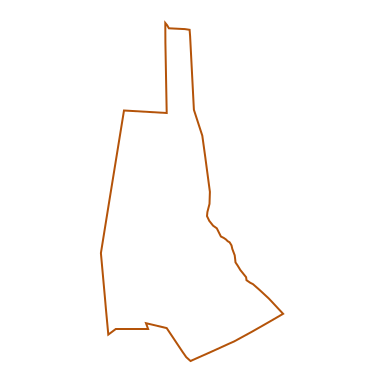 São Braz do Piauí, Piauí, Brazil
{"feature_id": "56859067B60100014929673", "entity_name": "São Braz do Piauí", "entity_type": "district", "adm_level": 2, "iso_a3": "BRA", "parent_name": "Brazil", "parent_adm1": "Piauí", "projection": "natural_earth1", "projection_center": [-42.969, -8.916], "detail": "fine", "context": "isolated", "style": "outline", "palette": "amber", "viewbox_px": 384, "rotation_deg": 0, "n_neighbors": 0, "source": "geoboundaries", "source_scale": "gbopen_adm2", "svg_char_len": 816}
<svg xmlns="http://www.w3.org/2000/svg" viewBox="0 0 384 384"><path d="M190.5,361.0L211.2,351.8L229.0,343.7L234.0,341.5L251.8,331.8L269.0,322.0L283.1,313.8L268.8,298.5L259.3,289.7L252.9,284.1L250.3,282.8L246.5,280.2L246.1,277.2L240.4,270.1L237.6,265.5L235.5,262.4L235.2,259.4L234.7,255.3L232.3,248.9L231.5,245.4L229.6,242.3L227.7,241.2L225.9,239.4L223.7,237.9L220.9,236.5L216.8,228.3L213.1,225.7L209.3,220.9L207.0,216.1L207.4,212.0L209.5,203.9L209.9,191.9L205.1,155.9L202.3,135.7L193.9,109.8L190.1,36.1L189.6,29.8L184.9,29.1L168.9,28.3L167.1,25.2L165.3,23.0L165.4,42.8L166.7,113.0L124.0,110.5L109.2,201.6L100.9,253.1L104.9,297.3L105.9,308.8L108.3,334.6L115.8,329.0L136.8,329.0L148.1,329.0L146.0,323.2L166.7,328.1L173.5,338.3L182.5,351.8L186.2,357.1L190.5,361.0Z" fill="none" stroke="#b45309" stroke-width="2"/></svg>